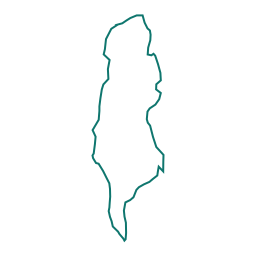 Erimi, Limassol, Cyprus (Robinson projection)
{"feature_id": "46923920B22495771378478", "entity_name": "Erimi", "entity_type": "district", "adm_level": 2, "iso_a3": "CYP", "parent_name": "Cyprus", "parent_adm1": "Limassol", "projection": "robinson", "projection_center": [32.922, 34.687], "detail": "fine", "context": "isolated", "style": "outline", "palette": "teal", "viewbox_px": 256, "rotation_deg": 0, "n_neighbors": 0, "source": "geoboundaries", "source_scale": "gbopen_adm2", "svg_char_len": 1149}
<svg xmlns="http://www.w3.org/2000/svg" viewBox="0 0 256 256"><path d="M124.4,240.6L125.6,239.3L126.1,233.0L125.9,222.7L124.5,216.6L123.9,210.6L125.4,202.4L130.1,200.1L133.5,197.2L136.4,189.9L138.9,187.2L144.0,184.3L149.4,181.9L152.7,179.1L157.3,175.5L157.8,172.0L158.7,166.7L163.2,171.4L163.3,162.2L163.5,154.9L156.3,147.0L153.0,136.9L150.1,125.6L147.8,122.7L146.8,119.2L147.5,111.6L149.7,108.4L155.4,104.6L159.2,99.2L160.8,93.0L156.1,89.4L156.3,84.3L160.3,80.8L160.8,80.4L160.4,72.9L158.0,64.1L155.2,55.7L153.5,53.8L151.4,55.3L147.7,54.5L148.2,47.6L150.3,40.2L150.6,34.7L149.9,30.5L147.5,28.4L144.6,22.6L142.6,15.4L136.7,15.4L130.4,18.0L126.4,20.5L122.3,23.3L117.2,24.7L117.4,24.8L111.3,28.8L106.0,39.1L104.9,49.2L103.7,54.4L109.6,60.0L107.9,69.1L108.4,79.0L103.4,84.4L101.8,89.5L100.4,98.4L99.4,106.4L99.4,110.9L98.7,119.8L92.6,130.1L95.6,136.7L94.9,144.2L93.7,153.5L92.5,155.5L93.1,158.2L96.0,163.0L98.6,163.7L103.1,171.0L106.8,178.4L109.3,183.3L110.0,188.9L110.2,196.7L109.7,202.8L109.4,207.5L108.7,211.1L110.0,216.9L111.6,221.2L112.8,226.5L118.1,231.7L119.5,234.1L123.4,238.7L124.4,240.6Z" fill="none" stroke="#0f766e" stroke-width="2"/></svg>